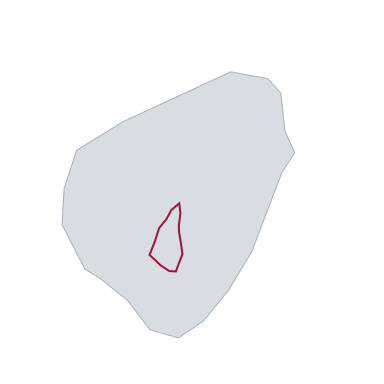 Andorra la Vella highlighted on a map of Andorra, rotated 320°
{"feature_id": "AND-4876", "entity_name": "Andorra la Vella", "entity_type": "state/province", "adm_level": 1, "iso_a3": "AND", "parent_name": "Andorra", "parent_adm1": "", "projection": "natural_earth1", "projection_center": [1.52, 42.514], "detail": "fine", "context": "in_parent", "style": "outline", "palette": "rose", "viewbox_px": 384, "rotation_deg": 320, "n_neighbors": 0, "source": "natural_earth", "source_scale": "10m", "svg_char_len": 651}
<svg xmlns="http://www.w3.org/2000/svg" viewBox="0 0 384 384"><g transform="rotate(320 192 192)"><path d="M295.9,227.9L273.7,234.7L199.2,276.2L156.9,290.7L118.2,298.1L87.9,295.1L71.2,270.7L72.9,233.5L66.2,199.9L60.5,182.0L71.4,133.6L96.1,107.3L130.4,85.9L184.4,93.8L298.9,124.9L322.9,153.9L323.5,173.5L302.3,205.2L295.9,227.9Z" fill="#d9dde1" stroke="#a8b0b8" stroke-width="1"/><path d="M174.9,192.5L169.5,200.8L160.4,209.2L156.2,214.5L151.4,222.8L144.8,233.4L135.2,238.7L128.6,242.5L123.8,238.0L120.8,228.1L120.2,222.0L119.0,212.9L131.6,206.1L143.6,198.5L155.0,196.3L164.7,192.5L174.9,192.5Z" fill="none" stroke="#9f1239" stroke-width="2"/></g></svg>